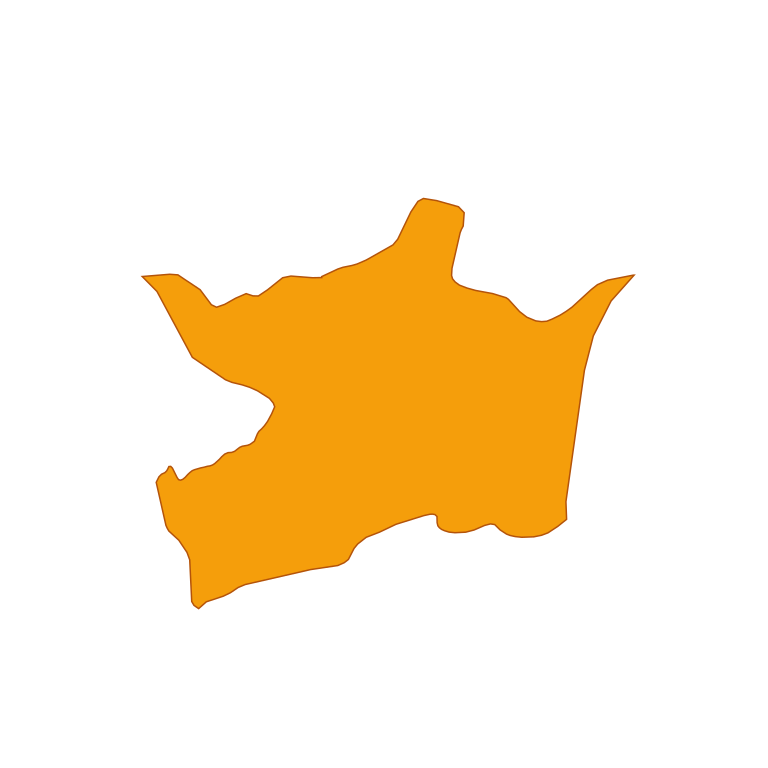 the border of Bomi, rotated 242°
{"feature_id": "LBR-783", "entity_name": "Bomi", "entity_type": "County", "adm_level": 1, "iso_a3": "LBR", "parent_name": "Liberia", "parent_adm1": "", "projection": "equal_earth", "projection_center": [-10.785, 6.699], "detail": "fine", "context": "isolated", "style": "filled", "palette": "amber", "viewbox_px": 768, "rotation_deg": 242, "n_neighbors": 0, "source": "natural_earth", "source_scale": "10m", "svg_char_len": 2163}
<svg xmlns="http://www.w3.org/2000/svg" viewBox="0 0 768 768"><g transform="rotate(242 384 384)"><path d="M362.7,655.9L350.7,623.5L328.2,591.4L302.0,567.4L194.7,489.4L178.8,481.7L176.7,470.6L175.6,458.9L176.5,452.0L178.7,444.6L184.0,433.7L187.7,428.2L191.1,424.2L194.0,421.7L200.7,418.0L207.9,415.8L210.5,412.3L211.9,406.4L212.8,395.0L214.8,386.6L219.4,376.8L222.7,371.9L226.1,368.5L228.7,366.5L231.2,365.4L233.5,365.0L236.6,365.8L242.2,368.6L244.8,367.7L246.4,365.6L247.4,363.5L249.1,357.4L254.5,328.7L255.3,310.5L257.0,296.3L255.1,285.7L252.9,280.4L245.8,270.2L244.9,265.0L245.4,258.0L254.6,232.1L272.1,167.3L272.8,159.7L271.8,150.4L272.1,142.5L275.1,124.9L272.7,114.9L277.7,112.3L282.2,112.1L319.9,129.9L327.8,131.0L342.4,129.5L355.2,125.0L358.5,124.9L361.6,125.1L404.1,136.7L407.7,141.7L408.8,145.2L408.6,148.9L409.3,151.3L410.5,153.2L412.1,155.3L411.4,157.0L409.1,157.7L398.7,157.4L396.0,157.7L394.6,159.2L394.3,161.6L394.9,164.6L396.2,168.2L397.0,171.2L397.5,173.9L397.3,176.4L396.0,182.7L395.0,186.1L394.3,189.3L393.4,191.9L393.0,194.5L393.2,197.1L394.8,203.4L396.0,206.7L396.9,210.5L396.6,214.1L395.1,217.4L394.7,220.5L395.8,226.8L395.6,229.6L393.9,234.9L393.6,237.5L394.3,242.7L399.4,248.8L400.9,251.3L401.8,254.8L403.2,258.7L405.6,263.6L410.4,270.8L415.2,276.8L419.2,277.3L425.1,276.1L437.4,269.1L444.2,263.8L449.8,258.4L456.8,250.5L462.2,246.0L497.5,227.3L572.3,227.0L592.4,221.0L581.5,246.3L577.1,253.3L567.5,258.4L567.0,258.7L553.6,265.9L535.0,268.8L530.4,272.2L529.1,280.7L529.4,293.3L528.5,304.7L523.3,309.7L520.7,314.4L521.8,325.2L525.4,344.4L523.0,352.5L511.3,370.9L507.2,379.0L508.1,379.4L507.2,397.2L506.3,402.6L503.7,411.3L502.6,416.5L501.8,426.4L502.6,457.2L505.4,464.1L523.3,488.5L529.3,499.7L529.3,505.9L521.2,516.6L505.5,533.0L497.6,535.2L486.3,528.1L484.2,525.0L481.8,522.2L454.3,498.4L448.1,494.6L444.6,493.9L440.7,494.7L435.9,497.0L429.8,502.3L423.6,508.8L412.9,522.3L402.9,532.3L400.4,533.6L384.3,537.7L375.9,541.5L368.5,547.6L365.1,552.4L363.0,557.2L362.4,562.8L362.1,571.7L362.6,579.0L363.6,586.2L370.1,611.4L371.5,619.1L370.7,630.2L363.1,655.2L362.8,655.7L362.7,655.9Z" fill="#f59e0b" stroke="#b45309" stroke-width="1.5"/></g></svg>